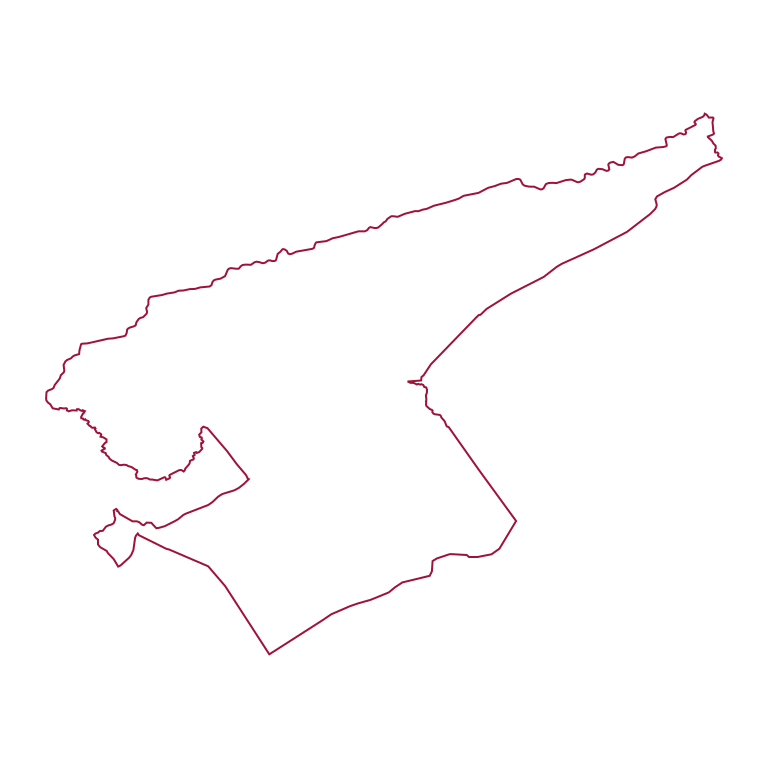 the district of Kibwezi East, Eastern, Kenya, rotated 270°
{"feature_id": "3690345B7491344905793", "entity_name": "Kibwezi East", "entity_type": "district", "adm_level": 2, "iso_a3": "KEN", "parent_name": "Kenya", "parent_adm1": "Eastern", "projection": "equal_earth", "projection_center": [38.226, -2.656], "detail": "fine", "context": "isolated", "style": "outline", "palette": "rose", "viewbox_px": 768, "rotation_deg": 270, "n_neighbors": 0, "source": "geoboundaries", "source_scale": "gbopen_adm2", "svg_char_len": 6092}
<svg xmlns="http://www.w3.org/2000/svg" viewBox="0 0 768 768"><g transform="rotate(270 384 384)"><path d="M219.3,499.4L247.0,516.1L298.2,478.8L340.9,448.7L341.5,447.0L342.5,446.3L346.7,444.7L350.6,441.3L352.0,440.9L353.1,439.8L353.8,434.7L354.4,433.4L355.9,432.3L357.4,432.6L358.1,431.9L358.9,429.9L361.9,426.5L363.3,426.0L366.0,426.2L366.6,425.9L368.0,426.4L372.7,425.9L375.2,426.9L378.3,427.0L380.6,426.2L381.0,424.3L383.0,423.3L383.8,421.5L383.4,420.1L384.1,418.3L383.5,416.8L384.8,414.4L385.2,412.4L385.1,410.7L386.5,407.6L387.5,421.1L391.0,421.5L392.7,423.6L403.6,430.8L450.5,476.2L453.0,478.8L453.2,480.5L459.1,486.6L474.4,511.0L491.0,543.6L501.2,556.8L504.2,561.8L518.7,593.9L536.2,627.1L554.0,650.2L558.9,655.1L561.5,656.5L563.5,656.7L568.8,655.3L571.6,657.0L576.0,664.9L580.2,674.0L588.4,686.9L592.9,691.3L601.0,702.0L601.9,703.8L607.2,719.1L608.5,721.2L609.8,721.9L611.5,718.7L612.6,717.9L614.2,718.5L614.9,718.2L615.5,717.5L615.5,715.3L616.1,714.9L618.4,715.0L619.6,715.8L622.3,715.6L624.4,713.5L627.4,711.7L630.8,707.9L631.5,707.8L633.4,712.9L634.4,714.0L636.8,713.3L645.9,712.5L649.8,713.5L650.5,712.9L650.4,708.9L653.4,706.5L654.3,704.7L652.7,704.3L651.1,702.7L649.2,698.0L646.8,694.8L645.8,694.4L643.9,695.8L643.2,695.6L638.1,685.6L637.2,685.4L635.5,686.1L633.9,685.5L633.5,683.5L634.7,681.0L634.7,679.8L634.3,678.6L630.9,673.2L631.1,669.7L630.4,666.4L629.0,665.4L622.8,666.8L622.1,666.6L621.6,665.8L621.0,663.4L620.4,655.8L616.7,646.0L614.5,638.3L611.7,634.9L610.4,632.0L610.9,628.0L610.7,626.2L609.4,624.8L603.9,623.8L602.8,622.6L603.2,618.2L606.1,613.4L605.5,610.5L604.4,608.8L603.4,608.3L598.6,609.3L597.4,608.2L597.1,606.5L598.8,602.5L599.2,598.2L598.2,596.7L595.6,595.4L593.6,593.2L593.3,591.2L594.5,587.1L593.9,585.5L593.2,584.8L590.1,584.8L589.0,584.3L586.6,580.8L585.8,578.7L585.8,577.4L588.2,572.0L588.4,570.5L587.9,565.8L584.9,556.4L585.2,552.0L584.9,548.3L583.9,545.9L579.6,543.5L578.7,542.0L578.6,540.3L581.3,534.1L581.4,528.8L582.4,524.4L583.7,522.7L588.3,520.3L589.0,518.7L589.0,516.3L585.1,507.0L584.3,501.0L581.9,494.6L580.2,488.2L575.1,478.5L572.2,463.6L569.5,459.0L568.2,455.5L565.3,446.1L562.3,434.0L559.1,426.6L558.4,422.8L556.8,418.3L556.9,415.0L554.2,404.8L551.2,397.7L551.8,392.9L551.7,391.2L549.2,387.5L546.5,385.5L545.6,383.7L544.2,382.5L540.5,378.2L540.0,376.5L540.0,374.5L540.9,370.4L540.2,369.0L537.8,367.2L536.7,364.8L536.7,358.5L530.9,338.3L529.8,332.8L526.9,326.4L525.7,316.8L525.3,315.9L523.2,314.8L520.2,314.0L519.2,312.5L516.3,296.2L514.3,292.1L513.8,289.7L514.5,288.1L517.0,286.9L518.3,285.2L518.9,283.5L518.7,282.4L516.4,280.5L514.1,277.7L508.3,276.1L507.5,275.6L507.0,274.5L506.9,272.1L507.6,270.4L507.5,268.2L505.2,264.9L504.8,262.5L506.0,258.9L506.3,256.5L505.7,254.5L503.2,250.9L503.4,245.7L503.0,242.6L501.7,240.7L499.4,238.9L499.2,236.9L499.9,230.7L499.1,228.6L498.3,227.8L491.9,225.1L489.4,220.6L488.4,215.6L487.7,213.9L486.0,212.5L482.7,211.4L481.5,209.5L480.6,200.2L479.1,195.1L478.9,189.9L477.5,183.4L477.3,178.6L475.6,174.5L474.4,166.8L473.0,162.1L471.2,151.0L470.4,149.7L468.2,148.4L463.4,148.4L459.9,146.2L456.1,147.1L454.3,146.6L450.9,143.2L450.0,140.2L448.8,138.5L445.7,136.4L442.6,135.6L441.6,133.7L440.5,130.0L439.4,128.0L438.3,127.1L435.1,126.7L432.4,125.4L431.7,123.5L429.6,112.8L429.3,108.1L424.6,87.3L424.3,82.1L423.8,81.1L417.9,79.5L413.9,79.1L412.6,74.6L411.5,72.7L409.8,71.2L408.0,67.0L406.6,65.4L403.1,63.6L397.3,64.3L395.7,63.8L392.9,60.9L389.4,59.7L383.0,54.7L380.0,53.5L379.0,52.1L377.4,48.1L375.8,46.5L369.5,46.1L367.5,46.4L365.3,48.1L363.7,50.3L359.7,52.7L358.5,58.8L359.9,59.6L360.0,60.7L359.5,63.7L359.8,66.2L359.3,66.9L357.6,66.9L356.7,68.8L357.7,71.9L357.5,76.7L358.8,77.0L358.8,78.7L357.5,80.6L357.2,81.7L357.8,82.6L357.1,84.3L356.6,83.5L356.1,84.4L355.5,83.6L354.6,83.6L354.2,82.8L351.0,81.1L349.7,81.3L349.4,83.1L348.5,83.4L348.2,84.5L348.7,85.3L347.6,86.3L347.1,88.2L346.3,88.8L345.5,88.7L344.3,87.5L342.2,89.5L341.9,90.4L340.5,91.7L340.2,92.4L340.5,94.9L339.6,95.5L338.8,94.9L335.7,96.6L334.8,98.2L335.1,99.3L333.9,101.0L333.1,101.3L331.3,100.5L330.6,103.4L328.6,106.5L325.9,106.5L325.0,104.9L321.6,102.2L320.9,102.8L320.1,104.6L319.3,104.8L317.4,101.5L316.4,102.0L314.9,105.7L313.1,106.2L311.0,108.7L309.5,109.4L307.4,112.0L305.1,116.9L303.2,118.9L302.8,120.9L303.3,123.8L303.0,126.5L302.1,127.8L300.9,131.6L298.1,135.8L298.0,136.8L296.3,137.4L293.5,135.8L292.0,136.4L291.3,136.2L290.3,136.5L289.2,138.6L289.0,142.0L289.7,143.9L289.9,146.2L289.5,148.0L288.5,149.9L288.5,152.0L287.6,157.4L290.8,164.4L290.6,165.2L290.1,165.6L288.2,166.2L289.7,169.6L290.5,170.1L292.3,169.3L293.1,169.7L297.7,178.9L298.0,180.1L297.9,181.5L296.5,183.7L297.8,184.8L299.4,185.3L303.6,189.0L305.0,189.7L307.2,190.0L308.6,193.4L309.2,193.8L310.6,193.7L311.2,193.0L312.0,192.8L313.1,194.7L315.1,194.0L315.7,195.5L315.8,196.3L315.1,196.7L315.3,197.5L316.0,199.3L319.1,202.1L319.9,202.3L320.7,201.4L324.3,201.1L325.1,201.3L324.9,202.2L325.4,202.9L326.6,203.4L328.4,201.4L330.0,201.9L330.5,201.6L331.1,199.8L333.4,199.2L335.7,201.4L339.5,201.3L341.3,203.3L339.8,207.5L317.0,227.0L303.8,236.8L293.0,246.0L289.4,247.8L288.9,248.8L284.0,243.8L280.2,239.0L277.7,234.4L274.0,222.3L271.3,218.1L265.9,212.4L263.0,208.2L254.2,185.5L252.9,183.1L248.8,178.2L246.7,174.5L241.8,164.7L240.1,158.7L239.8,156.3L245.2,151.3L245.4,146.7L242.8,143.8L243.2,142.2L245.7,139.4L246.7,136.8L246.7,132.5L253.9,119.9L256.7,118.1L256.9,117.2L258.1,117.3L259.1,116.1L257.5,113.7L251.5,114.5L249.9,115.2L248.2,115.1L244.7,113.6L243.4,111.4L242.7,108.7L241.3,105.9L237.2,102.8L236.9,99.7L235.3,97.9L234.4,95.3L233.0,94.0L230.1,95.8L228.4,98.0L223.6,98.0L220.9,100.1L217.0,106.8L215.1,107.7L208.9,113.7L201.4,118.2L202.6,120.6L210.3,129.1L213.0,131.2L218.0,133.4L230.2,135.1L232.4,136.0L234.5,137.8L232.8,138.9L219.2,166.3L218.5,169.1L201.7,208.2L182.0,225.1L113.7,269.3L147.7,322.4L153.8,331.4L161.8,349.9L164.5,357.7L168.2,370.7L175.6,388.8L180.5,394.7L185.6,402.4L192.2,429.7L196.7,431.9L207.0,432.6L209.6,437.0L213.8,449.6L213.9,450.9L213.0,466.7L211.0,469.0L211.0,477.6L213.7,491.5L219.3,499.4Z" fill="none" stroke="#9f1239" stroke-width="2"/></g></svg>